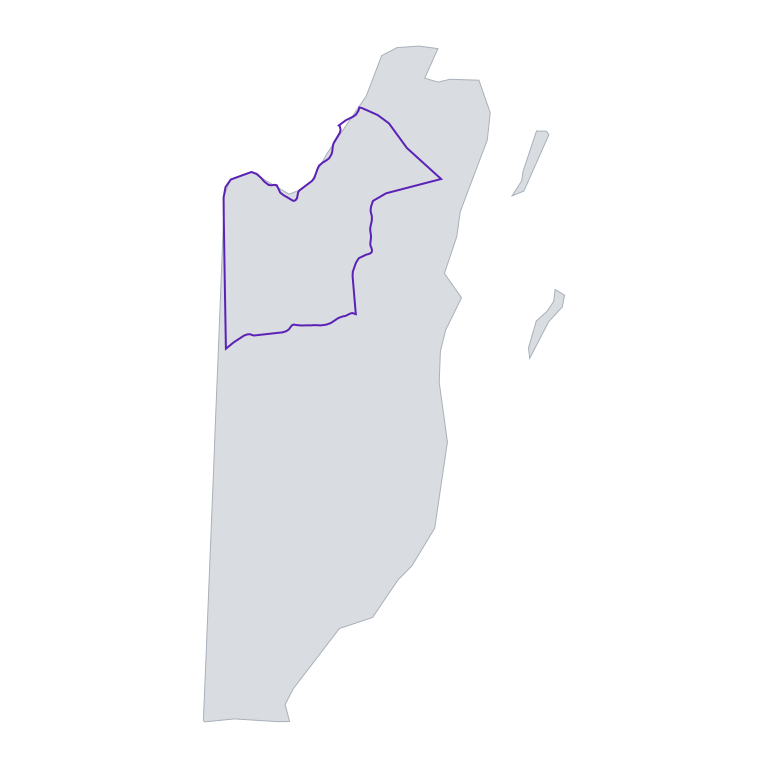 location of Orange Walk within Belize
{"feature_id": "BLZ-1326", "entity_name": "Orange Walk", "entity_type": "District", "adm_level": 1, "iso_a3": "BLZ", "parent_name": "Belize", "parent_adm1": "", "projection": "albers", "projection_center": [-88.77, 17.784], "detail": "fine", "context": "in_parent", "style": "outline", "palette": "violet", "viewbox_px": 768, "rotation_deg": 0, "n_neighbors": 0, "source": "natural_earth", "source_scale": "10m", "svg_char_len": 2162}
<svg xmlns="http://www.w3.org/2000/svg" viewBox="0 0 768 768"><path d="M223.5,220.0L223.4,197.3L230.5,179.4L251.2,171.9L277.9,187.6L289.0,194.1L299.0,190.4L311.7,180.9L327.2,153.2L366.2,96.1L381.7,55.6L397.0,47.6L419.0,46.1L437.9,48.6L424.7,78.2L438.0,82.1L450.0,79.3L478.9,80.2L490.2,112.6L487.3,139.9L460.2,211.8L456.8,236.5L444.4,273.4L461.5,297.7L445.7,330.0L440.4,350.9L439.2,382.3L447.4,442.0L434.7,528.1L412.0,565.7L397.9,580.0L372.6,617.4L339.4,628.5L293.3,688.7L285.1,704.5L289.6,721.5L278.8,721.7L234.5,718.9L204.6,721.9L203.4,720.4L206.1,655.7L210.1,555.6L213.1,482.2L215.9,410.3L218.1,356.5L221.0,283.3L223.5,220.0ZM523.9,191.0L512.1,195.9L521.7,180.8L523.1,171.2L536.5,131.0L546.3,131.2L548.9,134.7L523.9,191.0ZM548.7,321.7L529.7,358.3L528.5,347.9L536.3,320.9L547.1,311.3L553.7,301.3L555.1,289.5L564.6,295.2L562.3,306.9L548.7,321.7Z" fill="#d9dde1" stroke="#a8b0b8" stroke-width="1"/><path d="M225.9,348.7L224.7,276.5L223.8,220.2L223.6,197.5L225.5,187.1L227.4,184.4L230.8,179.5L251.4,172.0L256.7,173.9L260.8,177.6L264.5,181.8L268.7,185.0L271.6,185.3L274.4,184.8L276.8,185.3L280.2,192.6L283.4,195.1L293.3,200.9L295.5,200.3L297.0,198.2L298.1,192.4L299.2,190.6L311.9,181.0L314.2,178.2L317.8,168.1L319.0,165.7L322.7,162.6L326.0,160.6L329.0,158.4L331.4,154.5L332.2,151.7L332.9,145.8L333.6,143.2L339.8,132.8L340.6,129.9L339.8,126.2L338.8,125.5L345.9,120.2L353.1,116.7L356.1,114.5L358.5,110.5L359.3,107.5L361.8,108.0L377.6,115.0L388.9,123.3L406.9,148.0L441.1,179.0L386.1,193.3L373.0,200.9L371.4,205.4L370.9,207.6L370.6,210.3L370.8,212.2L371.7,215.6L371.9,217.2L371.8,220.6L370.3,227.5L370.2,228.7L370.2,230.1L371.0,235.9L371.0,237.4L370.3,243.6L370.4,245.4L371.7,248.8L372.0,250.2L371.8,251.9L370.7,253.1L368.7,254.0L366.1,254.7L358.8,258.2L356.0,262.6L352.8,271.7L352.6,276.4L355.8,314.2L352.2,313.0L350.4,313.5L345.3,316.0L342.4,316.5L338.2,318.1L330.9,323.0L326.4,324.6L320.8,325.4L314.1,325.1L310.5,325.4L307.9,325.3L302.1,325.5L297.6,325.2L293.9,324.6L292.2,325.1L290.4,327.2L289.0,329.3L286.4,331.1L282.9,332.3L254.0,335.5L252.0,335.0L250.1,334.2L247.3,334.4L243.8,335.7L233.5,342.5L225.9,348.7Z" fill="none" stroke="#5b21b6" stroke-width="2"/></svg>